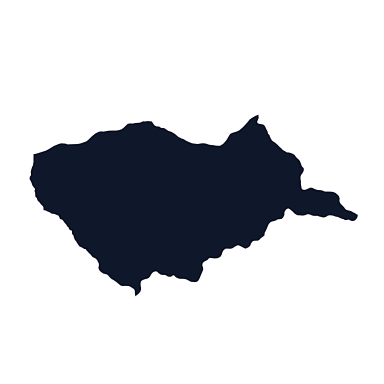 Iturama, Minas Gerais, Brazil (Mercator projection), rotated 162°
{"feature_id": "56859067B65690084199243", "entity_name": "Iturama", "entity_type": "district", "adm_level": 2, "iso_a3": "BRA", "parent_name": "Brazil", "parent_adm1": "Minas Gerais", "projection": "mercator", "projection_center": [-50.386, -19.714], "detail": "fine", "context": "isolated", "style": "filled", "palette": "ink", "viewbox_px": 384, "rotation_deg": 162, "n_neighbors": 0, "source": "geoboundaries", "source_scale": "gbopen_adm2", "svg_char_len": 4989}
<svg xmlns="http://www.w3.org/2000/svg" viewBox="0 0 384 384"><g transform="rotate(162 192 192)"><path d="M277.2,111.5L275.4,112.1L274.1,112.7L272.5,113.7L271.2,115.5L270.8,117.0L270.5,118.9L270.1,120.5L269.5,121.9L268.8,123.2L267.5,124.0L265.6,124.3L263.4,124.4L261.8,124.2L260.2,124.3L258.6,125.1L257.4,126.3L255.5,127.8L253.9,128.5L251.3,128.7L249.3,127.7L248.3,125.7L246.9,123.8L245.1,122.8L243.3,122.3L242.0,121.5L241.1,120.2L239.9,119.2L238.1,118.7L235.6,119.5L234.0,118.6L233.5,117.1L232.3,115.5L230.5,114.1L228.6,113.4L227.0,112.9L225.4,112.2L223.5,110.9L221.8,109.1L220.5,107.7L218.9,107.0L217.1,106.2L215.4,105.9L214.1,106.2L212.7,107.4L211.3,108.9L209.8,110.7L208.2,112.5L206.9,114.0L205.9,115.3L205.7,116.8L205.6,119.1L205.0,120.8L203.7,122.1L201.9,122.8L199.8,123.1L198.4,123.4L197.2,124.2L195.5,124.7L194.1,124.1L192.6,123.4L190.6,122.5L188.0,121.9L185.4,122.3L183.7,123.7L182.4,125.7L180.9,127.2L179.3,128.0L177.6,128.5L175.7,128.0L174.0,127.3L172.3,126.8L170.8,126.8L169.5,127.2L167.6,127.7L165.4,128.0L163.7,127.6L162.5,126.4L161.0,125.0L159.7,123.6L158.5,122.4L156.0,122.6L153.9,123.4L152.5,125.1L150.9,126.5L149.3,127.2L147.5,127.1L145.9,126.6L144.3,126.1L142.6,126.6L141.2,127.5L139.2,128.1L137.1,128.9L136.1,131.2L134.5,132.7L133.4,133.9L132.1,135.3L131.0,136.7L129.6,138.2L127.7,139.5L125.8,140.0L124.2,139.9L122.5,139.8L120.7,139.8L119.3,140.3L117.2,139.9L115.1,139.5L113.4,140.4L111.9,142.1L111.2,144.2L110.0,145.8L107.7,147.3L105.2,147.5L103.6,145.8L102.3,143.7L101.3,142.1L100.7,140.6L99.7,139.3L98.5,138.0L96.3,137.2L94.6,136.4L92.9,135.9L91.2,135.8L88.8,136.0L86.5,134.9L85.2,133.7L83.7,132.6L81.5,131.8L79.5,131.2L78.1,130.0L76.5,129.0L74.5,127.8L72.4,127.7L70.3,128.3L68.4,128.2L65.9,127.2L63.9,126.0L62.5,124.8L60.5,123.8L58.9,122.3L57.6,121.1L55.9,120.0L54.6,118.6L52.3,118.2L50.8,118.1L50.0,116.8L48.4,115.6L46.6,115.3L44.9,115.9L43.2,117.2L42.3,118.8L43.4,120.1L44.6,121.5L45.9,122.6L46.8,123.8L48.2,124.8L49.8,125.8L51.3,126.8L52.2,128.3L52.9,130.5L54.2,133.0L55.2,135.1L55.4,136.8L55.2,138.5L54.3,140.5L54.4,142.8L55.3,144.5L56.3,146.2L57.8,147.5L59.2,148.3L60.7,148.9L62.0,149.4L63.8,150.0L65.3,150.4L66.7,151.3L68.0,152.5L69.8,153.5L71.9,154.2L73.6,155.3L75.3,156.7L76.9,158.3L78.5,158.8L80.0,158.6L81.6,158.5L83.5,158.3L85.2,158.7L86.5,159.5L87.4,161.0L87.2,162.5L87.0,164.3L86.7,166.3L85.9,168.3L85.6,170.6L84.9,173.1L83.6,175.0L82.4,175.8L81.0,176.9L79.6,178.5L79.2,180.1L80.0,181.4L80.4,183.1L80.4,185.1L80.6,188.0L81.3,189.8L82.4,191.6L83.2,193.5L83.7,195.2L84.9,196.7L86.7,198.1L88.1,199.0L90.2,199.8L91.4,201.4L93.3,203.4L94.2,205.4L95.4,207.3L96.5,209.7L97.6,211.6L98.6,213.1L99.9,214.7L100.8,216.0L101.1,217.6L101.6,220.1L101.5,222.0L102.5,223.8L102.2,226.4L102.7,228.8L102.9,231.2L103.5,233.1L105.0,234.2L107.3,235.3L108.9,236.6L109.3,238.7L107.7,240.6L106.4,242.2L105.9,244.2L108.2,244.0L112.8,243.0L114.5,242.4L117.8,240.2L121.2,238.3L123.4,237.1L128.1,235.2L131.2,234.9L135.3,235.0L137.5,234.7L140.7,231.9L141.9,230.8L143.4,229.6L147.3,227.4L151.1,226.5L153.6,227.3L156.3,228.5L157.7,229.4L159.1,229.8L161.7,231.2L164.4,233.2L166.6,234.2L168.7,234.7L172.0,235.1L177.4,237.7L180.3,240.2L181.9,241.6L184.1,244.2L186.0,245.6L188.4,248.0L191.2,252.4L193.6,255.1L196.2,256.9L199.2,260.8L201.9,261.7L203.4,263.7L205.9,264.7L207.0,265.7L208.0,267.1L209.1,271.0L212.7,272.5L215.0,272.8L216.8,273.6L218.5,273.3L220.8,273.4L224.9,274.4L227.6,274.7L229.9,275.6L231.9,275.9L237.1,273.4L239.4,272.7L242.2,272.6L245.2,273.1L252.0,275.2L258.0,276.1L259.8,277.0L262.1,277.3L265.8,276.7L269.9,275.1L274.1,273.0L276.7,272.0L280.8,271.9L283.6,271.9L286.3,272.3L296.1,275.1L297.9,276.5L301.4,277.9L303.4,278.1L308.9,277.7L312.6,276.8L316.7,275.9L318.7,275.7L328.7,275.8L330.5,276.1L332.0,271.7L332.7,269.3L333.6,267.8L334.1,266.3L335.5,265.0L337.0,263.0L338.4,260.7L338.9,258.5L339.5,257.0L340.9,256.1L341.7,254.4L341.2,252.1L341.0,249.9L341.0,247.7L340.3,245.5L339.3,243.2L340.7,241.5L340.7,239.2L341.3,237.5L341.6,236.0L340.6,234.2L340.8,232.3L340.3,230.9L339.4,229.3L338.9,227.6L338.0,225.8L337.2,224.3L337.4,222.7L337.9,221.0L336.6,220.5L335.5,219.2L334.2,218.2L332.8,216.9L331.9,215.6L330.6,214.9L328.9,214.2L327.9,213.1L326.7,212.2L325.5,211.0L325.2,209.3L325.1,207.5L323.3,206.3L322.6,204.6L322.1,202.7L321.0,200.3L320.5,198.0L319.5,196.6L319.7,194.9L318.7,193.6L317.1,192.4L317.8,190.8L318.2,189.3L317.4,187.2L317.6,184.8L317.4,182.7L316.7,181.1L316.4,179.5L315.8,177.3L315.1,175.3L313.9,174.5L312.7,173.0L311.4,171.6L310.0,171.1L309.7,169.4L309.0,168.0L308.2,166.1L307.3,164.7L306.7,163.1L306.0,161.3L304.8,160.2L303.5,158.9L302.5,156.7L302.3,154.5L301.9,152.8L302.4,150.8L303.7,148.6L303.6,146.6L303.0,145.1L302.0,143.7L301.1,142.5L299.6,141.6L298.2,140.7L297.1,139.5L296.5,138.1L295.7,136.2L294.7,134.5L293.4,133.2L292.3,131.7L291.1,130.2L289.7,127.9L288.2,125.6L286.7,124.7L284.7,124.2L282.9,123.6L280.9,122.8L279.1,121.3L278.0,119.8L276.4,117.9L276.1,115.6L276.6,114.0L277.2,111.5Z" fill="#0f172a" stroke="#020617" stroke-width="1.5"/></g></svg>